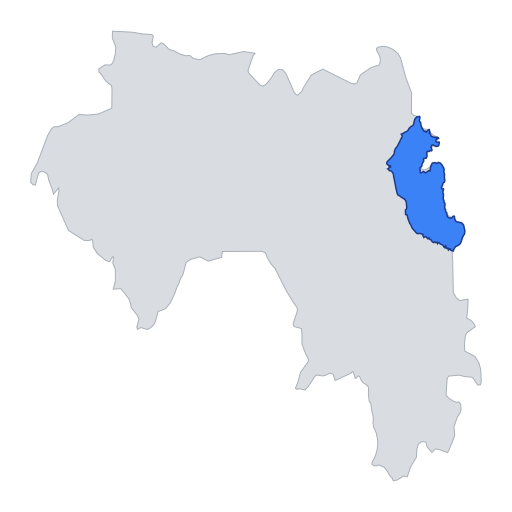 location of Mandiana, Mandiana, Guinea
{"feature_id": "49546643B67473886511689", "entity_name": "Mandiana", "entity_type": "district", "adm_level": 2, "iso_a3": "GIN", "parent_name": "Guinea", "parent_adm1": "Mandiana", "projection": "equal_earth", "projection_center": [-8.547, 10.818], "detail": "fine", "context": "in_parent", "style": "filled", "palette": "blue", "viewbox_px": 512, "rotation_deg": 0, "n_neighbors": 0, "source": "geoboundaries", "source_scale": "gbopen_adm2", "svg_char_len": 9422}
<svg xmlns="http://www.w3.org/2000/svg" viewBox="0 0 512 512"><path d="M321.7,375.9L317.0,375.0L314.9,376.2L308.6,386.1L304.9,389.9L299.1,388.7L297.0,389.4L295.4,388.3L297.6,382.9L300.6,372.2L308.3,361.4L308.4,359.2L305.3,352.9L302.0,344.3L302.0,335.2L301.4,328.5L294.6,326.7L293.4,325.5L293.2,323.3L297.1,311.9L297.4,309.5L296.9,307.5L292.8,301.6L286.3,290.8L275.1,268.6L271.0,263.9L267.0,257.1L265.5,252.8L261.4,251.3L222.3,251.5L221.6,257.3L208.2,261.2L199.9,256.8L190.7,259.4L186.2,262.3L182.7,275.3L180.7,278.1L178.7,283.9L176.9,287.1L174.8,293.5L170.4,302.6L165.8,308.5L158.0,311.7L155.5,321.3L153.7,324.9L150.6,327.7L147.4,329.5L141.0,327.6L137.4,329.3L136.8,326.9L138.9,319.3L137.3,315.4L131.2,307.5L130.6,303.7L128.8,298.7L120.8,288.6L113.2,289.2L115.4,280.7L115.3,269.4L112.8,263.2L113.5,256.9L112.1,257.3L109.5,261.7L105.5,260.3L97.3,253.5L93.2,247.0L92.8,241.5L91.9,239.3L89.3,240.5L84.2,240.4L68.5,230.5L57.5,205.7L57.3,200.1L59.0,190.5L58.7,187.9L53.5,194.2L52.5,190.0L48.7,180.0L47.6,174.3L43.9,171.7L40.9,171.3L38.5,173.2L35.4,184.8L33.1,184.8L30.7,182.3L31.3,173.6L37.4,162.7L47.7,135.3L51.3,129.1L53.6,126.9L58.4,126.6L67.7,122.9L79.2,114.4L87.9,115.1L98.3,114.0L111.8,108.2L112.0,89.8L111.6,85.7L106.8,82.0L104.1,78.8L101.7,74.8L98.8,71.9L98.9,68.8L104.9,64.9L110.4,65.0L112.2,63.5L113.6,60.8L115.2,54.2L115.8,47.2L112.3,37.9L112.5,31.2L132.2,32.2L143.0,34.0L151.9,34.5L153.3,36.1L152.0,42.5L153.1,46.3L156.1,47.3L161.1,42.8L163.7,43.8L169.2,49.4L174.3,51.0L179.9,54.0L185.2,55.7L189.9,55.5L193.4,58.6L200.0,59.6L208.5,55.6L215.2,53.8L224.5,53.4L229.4,54.7L243.7,51.5L255.0,53.3L253.2,55.5L248.0,70.2L248.6,72.8L260.0,85.2L262.7,86.2L265.8,84.5L270.7,78.7L274.6,72.5L278.4,69.5L282.7,69.7L286.2,74.0L294.2,92.5L296.3,94.8L298.2,94.8L301.8,91.3L303.6,87.3L311.2,75.1L322.8,69.1L350.5,83.0L354.6,84.0L357.0,83.0L360.4,74.8L370.9,67.7L375.9,65.8L378.7,65.5L379.8,63.3L380.4,59.9L379.8,56.5L376.6,50.2L376.5,48.4L378.3,47.2L382.3,46.3L387.5,46.9L393.2,49.6L398.0,53.5L400.6,58.1L405.8,77.6L411.6,92.9L411.4,113.3L414.0,115.4L416.8,116.3L418.2,117.9L421.0,126.3L423.7,128.8L426.9,129.4L432.8,134.8L436.7,136.9L437.3,138.5L437.1,140.8L435.6,143.6L429.8,149.3L427.0,154.1L421.0,165.7L420.9,167.9L422.1,169.4L424.6,169.7L427.2,168.9L432.6,164.7L436.9,166.2L441.0,169.4L442.5,172.8L442.9,177.2L442.0,182.9L441.8,189.3L443.2,200.1L445.3,211.0L447.5,214.9L461.2,224.5L462.5,228.0L463.2,232.1L462.2,237.6L460.8,240.7L453.3,249.2L452.2,253.2L452.7,260.7L453.3,292.5L456.3,297.9L459.8,300.6L468.0,299.1L467.8,307.9L466.7,317.9L471.5,320.9L474.0,323.9L475.3,326.7L467.7,332.0L465.5,335.1L464.5,343.4L464.7,351.0L475.0,356.5L478.9,362.9L480.7,369.5L481.3,382.1L480.4,384.9L477.7,385.0L472.5,377.3L464.6,376.5L458.7,375.1L448.9,376.1L447.2,378.3L446.0,395.0L448.4,397.8L453.1,401.0L456.2,402.3L458.8,401.9L460.7,404.0L461.1,409.5L459.8,413.5L457.2,417.3L454.0,426.9L454.7,435.7L449.1,449.8L447.5,452.6L440.2,449.8L435.4,448.9L431.9,452.4L427.1,446.9L426.2,442.7L424.5,441.8L421.3,441.7L418.3,444.2L417.0,448.6L416.3,457.6L410.9,466.2L407.2,476.9L402.8,475.9L401.8,477.2L397.2,480.0L393.2,480.8L392.1,477.9L389.8,475.6L387.2,471.1L384.2,467.4L378.6,464.8L376.3,466.0L373.7,465.7L371.9,464.2L372.2,462.0L375.1,456.5L376.8,451.3L377.7,445.8L377.7,440.4L376.2,432.9L373.6,427.0L373.0,423.5L373.3,418.6L372.7,414.0L371.9,411.7L370.7,403.0L369.2,401.4L368.4,394.5L368.6,387.4L366.4,384.7L363.0,382.7L361.0,380.0L359.7,376.9L358.5,376.0L357.4,376.1L356.5,378.1L355.3,378.5L353.3,371.8L352.5,371.6L351.1,373.1L335.2,380.5L333.1,374.2L330.1,373.0L324.8,375.6L321.7,375.9Z" fill="#d9dde1" stroke="#a8b0b8" stroke-width="1"/><path d="M453.3,251.0L453.4,250.6L453.4,250.3L453.6,250.2L453.6,249.8L454.0,249.1L455.1,247.1L455.6,246.6L456.8,246.1L458.9,244.9L460.2,243.7L460.5,243.1L461.0,242.1L461.3,240.9L462.4,238.1L462.5,237.5L462.8,236.6L463.0,236.5L463.0,236.2L463.9,234.9L464.3,234.4L464.6,233.7L464.7,231.8L464.9,231.1L464.8,230.6L464.8,230.3L464.1,227.5L464.0,226.7L463.6,225.1L462.9,224.1L461.9,223.1L461.2,222.7L458.5,222.1L456.7,221.9L456.0,221.5L455.0,219.6L454.7,218.6L454.6,217.9L454.5,217.4L454.4,216.4L454.3,216.2L453.8,216.1L453.0,216.3L452.6,216.7L451.8,217.7L451.7,217.9L451.0,218.1L450.1,218.1L449.3,217.9L447.9,217.2L447.5,216.7L446.9,214.7L446.8,213.0L446.7,212.6L445.9,212.1L445.6,211.7L445.5,211.0L445.6,209.7L445.4,209.3L444.9,208.7L444.7,208.1L444.7,207.6L444.7,207.2L445.0,204.8L444.9,203.5L444.9,203.4L444.6,202.6L444.4,202.5L444.2,202.5L444.0,202.1L443.9,200.3L443.6,199.8L443.2,198.6L443.2,197.6L443.5,195.5L443.5,194.2L442.9,192.7L442.9,192.0L443.6,189.2L443.4,188.8L442.5,188.9L441.7,188.7L441.5,188.2L441.5,187.5L441.6,187.3L441.7,187.0L442.3,185.5L442.8,184.5L442.9,183.3L443.3,182.7L444.1,182.4L444.4,182.1L444.5,181.9L444.6,181.6L444.8,180.7L444.4,177.2L444.4,175.8L444.6,174.8L444.0,172.1L443.8,171.0L444.1,170.2L444.1,169.1L443.7,168.0L442.9,166.5L442.5,165.9L442.2,165.3L441.8,164.7L440.4,163.1L438.9,162.5L438.3,162.4L437.8,163.0L437.4,163.3L437.2,163.4L436.8,163.6L436.5,163.2L436.2,163.0L435.6,162.7L434.4,162.6L432.7,163.0L432.1,163.3L432.0,163.9L431.9,164.0L430.9,165.9L430.9,166.1L430.2,169.1L430.2,169.8L430.2,170.1L430.3,170.8L430.1,171.0L428.9,170.6L427.1,171.8L426.7,172.0L426.1,172.5L425.5,172.8L425.1,172.4L424.5,172.3L424.3,172.1L424.2,172.1L423.8,171.7L423.6,171.5L423.2,171.6L421.2,172.8L420.6,172.8L420.2,172.3L420.1,171.8L420.0,171.4L420.2,170.5L419.9,168.4L420.0,168.0L420.1,167.7L421.3,166.6L421.9,165.9L422.0,164.8L422.0,164.4L422.2,163.4L423.4,161.9L423.7,161.3L423.7,161.0L423.4,159.7L423.4,159.3L423.5,159.2L423.6,158.8L423.9,158.4L424.3,158.2L424.8,158.2L425.8,158.4L426.1,158.3L426.3,158.0L426.7,157.2L427.1,155.9L426.9,155.2L426.7,154.5L426.6,153.4L426.7,152.8L426.7,152.5L427.0,151.8L427.5,151.4L427.9,151.2L429.2,151.4L430.0,150.6L430.3,150.6L431.2,150.9L431.5,150.8L431.9,150.4L432.0,150.1L432.0,149.8L431.6,149.1L431.5,148.3L431.2,147.5L431.1,147.4L431.1,147.1L431.2,146.6L431.2,146.4L431.5,145.9L432.0,145.1L432.3,144.9L433.1,144.9L434.1,145.6L434.3,145.7L435.8,146.4L436.4,146.5L436.8,146.3L437.5,146.3L438.2,146.0L438.6,145.7L438.8,145.2L438.9,144.9L439.2,143.4L439.3,142.6L439.3,142.3L439.0,142.0L438.8,142.0L437.1,142.2L436.1,141.7L435.9,141.5L435.8,141.1L435.9,140.9L436.2,139.6L436.5,139.1L437.3,138.7L438.1,138.7L438.6,138.5L438.3,137.8L437.4,137.2L436.6,137.3L436.4,137.5L435.7,137.6L435.3,137.2L434.9,137.1L434.2,137.4L433.7,137.3L432.5,136.6L432.4,136.6L431.6,136.4L430.9,135.8L430.5,134.2L430.0,133.7L429.6,133.3L429.4,133.2L429.3,132.9L429.4,132.6L430.0,132.2L429.8,131.7L429.5,130.9L429.5,130.1L429.2,129.5L429.0,129.4L428.9,129.4L428.3,130.1L427.1,130.9L426.8,131.7L426.7,132.0L426.4,132.2L426.1,132.2L425.2,131.1L424.8,131.1L424.3,131.3L424.2,131.4L423.7,130.8L423.0,129.7L422.9,129.6L422.8,129.4L422.4,128.6L422.0,128.3L421.7,127.6L421.4,126.5L421.0,125.7L420.7,123.0L420.6,122.7L420.5,122.2L419.7,121.8L419.5,121.3L419.4,120.4L419.9,117.9L419.9,117.3L419.8,116.8L419.4,116.4L418.7,116.4L417.7,116.9L416.8,116.9L415.2,118.8L415.1,118.7L414.8,119.2L414.7,119.8L414.5,120.3L414.3,121.0L414.1,121.7L414.0,122.4L414.0,123.0L413.9,123.5L413.6,124.0L413.4,124.6L413.1,125.0L412.6,125.6L412.2,126.0L411.9,126.2L411.4,126.3L410.9,126.6L410.5,127.0L410.0,127.4L409.7,127.9L409.3,128.1L409.1,128.5L408.6,129.1L408.4,129.8L407.8,130.5L407.3,131.0L406.7,131.5L406.0,131.8L405.3,132.1L404.8,132.4L404.2,132.7L403.3,133.2L402.5,133.7L401.8,133.9L401.2,134.2L402.2,135.9L402.2,136.2L402.2,136.6L401.9,137.3L401.2,138.3L400.5,139.9L399.8,141.4L398.8,143.3L397.7,145.5L397.1,146.5L396.9,147.0L395.9,147.9L395.1,149.3L394.4,151.3L394.4,152.7L394.1,153.8L393.6,154.6L393.4,154.9L393.3,155.1L393.1,155.3L392.6,155.8L392.5,156.0L392.1,156.6L391.7,157.2L391.2,157.6L390.6,158.3L390.2,158.7L389.7,159.2L389.0,159.8L388.7,160.3L388.3,160.6L387.9,161.0L387.6,161.3L387.3,161.8L387.0,162.2L386.8,162.5L386.7,162.9L386.7,163.0L386.8,163.4L386.8,163.8L387.8,164.8L388.9,165.9L390.4,165.7L390.6,167.1L389.1,167.4L388.7,168.7L387.8,168.9L389.5,170.7L391.5,171.1L392.6,172.7L393.4,174.0L393.7,177.0L394.2,178.9L394.6,181.1L395.4,185.1L395.9,188.0L396.4,190.2L396.8,191.7L397.0,192.8L397.3,193.6L397.8,194.9L398.1,195.1L399.8,196.0L401.0,197.0L402.3,197.8L403.4,198.6L404.5,198.8L404.6,199.4L405.5,200.2L405.9,201.3L406.3,202.6L406.5,204.5L406.6,205.7L406.7,206.9L406.7,207.8L406.7,208.5L406.3,209.1L405.4,210.1L405.5,210.4L405.5,210.8L405.5,211.1L405.5,211.4L405.5,211.8L405.5,212.0L405.5,212.5L405.4,212.7L405.5,213.1L405.5,213.3L405.6,213.8L405.5,214.3L405.7,214.5L405.8,214.7L406.1,214.7L406.3,214.8L406.7,214.8L406.9,214.8L407.2,214.9L407.6,217.3L408.0,218.8L408.4,219.9L409.0,221.4L409.6,223.0L410.5,224.5L411.2,225.7L411.7,227.1L412.3,228.2L413.0,229.1L414.9,231.2L415.8,232.3L416.8,233.4L418.1,233.7L419.4,233.4L420.5,233.5L421.3,234.0L422.4,233.9L423.0,234.4L422.9,235.6L423.5,236.8L423.9,237.1L423.9,237.4L425.7,236.6L426.7,237.4L427.6,238.7L428.4,238.8L429.0,237.9L429.7,239.0L430.0,239.5L430.9,239.6L431.6,241.0L432.7,242.1L433.6,242.6L434.3,241.9L434.8,241.9L435.4,242.6L436.5,242.5L436.9,242.2L437.6,243.7L438.1,242.9L439.0,242.5L439.9,243.7L441.1,244.4L442.3,244.8L443.0,245.3L443.7,246.7L444.4,247.5L445.1,246.2L445.5,245.8L446.1,246.2L446.0,246.9L445.8,247.9L446.4,248.4L447.7,248.1L448.2,248.3L448.0,249.0L448.4,250.1L449.8,249.0L450.1,248.8L450.6,248.9L450.6,249.9L451.3,250.6L452.2,250.7L453.3,251.0Z" fill="#3b82f6" stroke="#1e3a8a" stroke-width="1.5"/></svg>